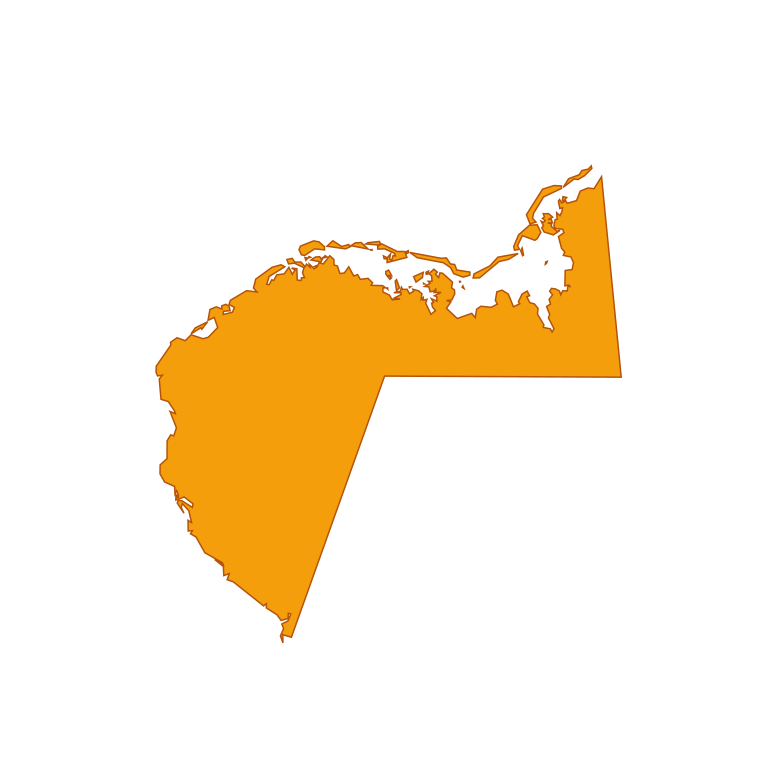 North New Georgia, Western, Solomon Islands, rotated 291°
{"feature_id": "97153195B59663356998763", "entity_name": "North New Georgia", "entity_type": "district", "adm_level": 2, "iso_a3": "SLB", "parent_name": "Solomon Islands", "parent_adm1": "Western", "projection": "orthographic", "projection_center": [157.587, -8.128], "detail": "fine", "context": "isolated", "style": "filled", "palette": "amber", "viewbox_px": 768, "rotation_deg": 291, "n_neighbors": 0, "source": "geoboundaries", "source_scale": "gbopen_adm2", "svg_char_len": 6202}
<svg xmlns="http://www.w3.org/2000/svg" viewBox="0 0 768 768"><g transform="rotate(291 384 384)"><path d="M114.4,388.3L391.6,381.7L475.4,603.0L655.5,512.8L641.6,510.1L640.0,504.0L634.4,498.1L624.2,498.0L618.4,490.3L620.1,488.0L616.7,484.9L619.2,481.8L617.2,481.3L610.8,485.3L612.6,487.5L608.7,488.3L604.3,488.0L605.8,483.8L599.9,486.6L598.8,484.9L592.6,485.9L590.5,488.2L592.5,495.3L589.7,497.8L584.2,494.0L574.2,501.2L572.1,505.4L568.3,505.3L569.6,512.9L565.3,517.4L558.3,518.6L554.9,512.5L540.4,517.7L542.6,521.2L541.3,523.4L542.0,520.5L536.5,521.7L535.2,517.5L530.6,517.0L533.7,514.5L534.2,510.0L533.3,506.1L529.9,505.4L527.7,509.4L522.2,507.8L518.3,510.8L514.6,508.0L508.3,513.8L504.7,513.8L496.5,522.9L492.8,522.3L495.1,519.5L493.9,512.3L496.5,512.1L504.2,502.3L509.8,500.7L512.7,495.6L512.2,490.9L516.7,486.0L518.6,488.3L522.1,484.3L517.3,480.6L508.8,480.0L507.6,482.0L502.5,477.2L512.5,467.8L513.9,460.5L510.5,456.3L502.0,458.0L499.2,461.2L494.0,456.6L491.3,446.6L487.1,443.7L478.7,445.4L481.4,440.6L471.4,428.9L477.0,415.2L484.7,417.0L484.3,412.4L486.8,417.2L493.6,417.7L497.1,416.1L498.0,412.6L503.7,411.4L508.4,399.0L507.8,396.4L502.9,396.8L505.0,392.8L507.6,393.7L509.0,389.4L503.1,386.4L502.0,389.7L497.2,392.0L495.7,388.5L494.5,391.0L489.6,386.9L490.7,391.1L486.6,394.0L489.3,398.2L491.9,397.9L489.7,399.0L487.4,398.1L490.0,404.4L484.4,399.4L484.4,402.0L480.3,403.7L480.6,397.7L477.9,400.9L476.5,399.5L473.2,401.7L470.9,405.7L465.9,402.9L474.4,393.9L478.4,393.8L476.3,390.5L478.8,389.6L476.2,388.4L481.8,387.1L483.4,382.9L482.8,376.9L481.2,378.4L477.4,375.5L480.7,371.6L479.0,367.5L480.6,365.6L476.6,366.1L472.7,360.4L475.3,367.1L473.7,368.0L467.9,362.7L469.1,368.6L465.5,361.5L469.0,357.2L469.5,350.0L473.3,348.6L474.4,351.2L475.3,347.3L471.5,336.7L474.5,337.0L476.9,331.2L473.2,324.4L476.7,320.1L474.0,317.0L480.8,309.1L473.5,307.2L471.3,303.3L477.5,298.2L477.2,294.7L482.3,292.6L484.3,287.4L474.3,284.3L474.0,280.0L469.1,279.4L466.5,277.5L469.2,271.3L466.6,273.0L468.2,268.7L465.3,268.3L468.1,262.7L465.8,257.0L468.4,253.3L465.4,248.7L461.9,251.9L464.7,256.9L463.9,267.6L458.5,268.1L454.9,271.7L453.6,268.9L450.9,269.5L449.9,265.8L460.4,261.3L459.1,256.2L458.4,260.2L453.6,259.0L458.8,253.4L451.1,251.4L447.5,244.8L441.0,243.9L441.1,241.9L435.6,241.2L435.0,238.8L443.3,238.3L457.9,249.4L458.4,245.1L452.8,237.6L436.0,226.7L426.9,227.7L424.4,232.5L421.9,222.3L407.1,210.6L402.8,210.8L401.9,216.9L396.7,216.8L391.3,209.1L394.3,208.0L397.3,214.1L401.0,211.5L401.7,207.7L398.8,204.5L395.9,205.7L395.9,199.7L391.2,194.8L380.4,196.9L385.3,201.7L377.1,208.5L364.7,203.2L361.4,198.8L360.8,186.3L353.2,182.9L353.0,174.2L346.4,169.8L343.8,171.0L319.0,165.0L313.4,166.9L310.4,169.7L312.7,173.9L308.1,172.4L289.8,181.3L290.3,188.9L283.9,197.9L281.5,199.9L281.7,194.1L268.7,205.9L260.3,206.3L260.1,203.1L253.2,201.9L236.6,208.2L228.3,204.0L219.8,207.1L213.9,214.3L213.3,225.2L206.4,228.3L210.1,228.7L206.4,232.0L204.5,232.5L203.8,231.4L205.5,232.0L206.1,229.4L201.0,231.3L206.9,237.9L203.7,248.6L200.1,249.3L202.6,237.2L201.6,233.7L198.8,233.6L191.7,243.5L196.2,238.9L200.1,238.5L195.8,247.1L185.7,254.0L186.5,249.9L176.6,253.9L178.4,257.7L174.8,257.0L173.8,263.3L162.3,277.2L159.2,297.2L157.4,298.8L159.5,288.8L156.1,299.4L147.7,303.1L151.5,307.5L145.1,307.7L145.3,314.1L133.7,351.1L136.8,352.9L132.8,354.4L130.2,366.8L126.4,372.6L130.7,378.5L135.7,376.8L135.9,379.5L128.3,379.2L123.3,374.6L119.7,377.9L111.7,377.6L106.1,382.4L113.7,379.4L114.4,388.3ZM632.5,478.6L630.2,471.6L622.7,462.2L593.1,456.3L585.8,462.9L589.6,467.9L592.0,463.2L597.3,462.5L615.8,465.9L630.2,479.6L632.5,478.6ZM524.1,397.0L521.8,392.2L516.1,361.1L513.8,369.7L518.5,396.0L516.5,404.5L512.0,409.6L512.1,419.5L516.3,425.1L519.3,424.1L516.5,411.1L520.9,407.1L519.9,403.0L524.1,397.0ZM587.6,469.9L584.3,462.9L571.4,456.2L558.9,455.8L555.7,457.9L558.2,462.1L561.2,459.1L572.1,460.0L572.2,473.3L574.4,474.9L581.7,476.1L587.6,469.9ZM493.4,272.3L492.4,267.0L482.8,256.6L479.0,256.5L475.0,260.6L475.6,263.9L485.3,270.8L487.9,280.5L490.9,279.1L493.4,272.3ZM515.1,355.9L512.5,348.9L514.0,331.6L510.3,328.7L507.7,329.8L510.4,336.3L509.8,347.0L507.7,348.7L507.2,346.5L502.2,346.8L502.6,344.4L507.8,343.5L503.0,341.8L503.4,337.6L501.0,339.2L501.9,342.1L498.5,343.4L510.4,360.0L515.1,355.9ZM553.9,462.5L543.2,444.9L532.2,440.5L519.0,428.6L514.9,429.2L517.4,435.2L539.5,447.5L545.1,455.7L553.9,462.5ZM602.0,476.7L600.1,471.6L597.4,473.9L595.4,472.6L594.4,475.9L592.0,475.0L592.3,472.4L588.8,476.2L586.4,475.3L583.3,479.0L583.9,488.7L590.5,493.3L588.6,490.6L591.1,483.7L593.6,483.0L593.0,479.1L594.9,483.5L597.6,481.2L596.4,478.3L600.2,481.7L602.0,476.7ZM661.9,499.3L657.8,497.7L654.3,492.3L649.3,491.2L641.8,482.8L631.8,480.8L643.5,488.0L644.4,491.8L650.1,496.4L659.7,500.8L661.9,499.3ZM501.6,301.0L497.2,295.3L499.4,284.9L492.2,281.4L496.4,299.7L500.2,303.4L501.6,301.0ZM502.3,380.6L494.9,373.2L490.6,377.4L497.2,381.7L502.3,380.6ZM507.9,312.0L505.5,306.6L501.3,303.6L504.3,320.8L507.9,312.0ZM378.8,197.0L368.8,187.7L361.7,185.9L370.9,192.9L369.8,194.3L378.8,197.0ZM515.4,328.5L510.2,318.4L508.2,316.8L511.8,329.1L513.8,330.6L515.4,328.5ZM480.5,281.9L478.2,280.2L479.8,278.4L478.0,274.5L473.6,271.5L475.4,281.4L480.5,281.9ZM492.0,347.5L489.6,345.3L487.1,346.5L483.8,352.0L485.8,352.9L486.9,349.5L487.8,352.4L492.0,347.5ZM485.9,358.3L484.1,357.6L475.6,362.2L479.3,364.0L485.9,358.3ZM623.6,487.7L623.1,484.0L619.1,484.8L618.9,486.1L623.6,487.7ZM560.4,464.2L557.3,463.9L553.5,467.5L554.4,468.1L560.4,464.2ZM505.4,385.1L503.3,383.1L501.5,384.1L502.3,385.4L505.4,385.1ZM517.2,358.8L515.5,357.4L514.0,358.5L515.6,359.9L517.2,358.8ZM482.2,285.3L482.7,283.0L480.7,283.3L482.2,285.3ZM476.0,270.1L476.1,268.2L474.5,268.1L476.0,270.1ZM501.8,424.5L503.9,422.5L502.3,422.2L501.8,424.5ZM474.2,267.7L473.7,264.9L471.5,266.8L474.2,267.7ZM557.0,492.4L555.9,491.2L553.6,491.7L554.9,492.5L557.0,492.4ZM470.1,278.3L468.8,277.0L469.0,278.7L470.1,278.3ZM507.3,419.3L506.9,417.7L506.2,418.1L507.3,419.3ZM505.2,324.7L504.2,322.6L504.5,324.9L505.2,324.7ZM484.2,374.0L483.8,372.8L483.1,373.2L484.2,374.0ZM492.0,386.1L492.2,384.8L491.6,385.1L492.0,386.1ZM475.1,352.9L474.5,351.9L473.8,353.6L475.1,352.9Z" fill="#f59e0b" stroke="#b45309" stroke-width="1.5"/></g></svg>